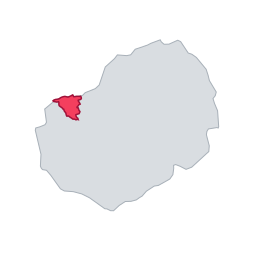 where Gevgelija sits in North Macedonia, rotated 163°
{"feature_id": "MKD-2998", "entity_name": "Gevgelija", "entity_type": "Statistical Region", "adm_level": 1, "iso_a3": "MKD", "parent_name": "North Macedonia", "parent_adm1": "", "projection": "mercator", "projection_center": [22.379, 41.246], "detail": "fine", "context": "in_parent", "style": "filled", "palette": "rose", "viewbox_px": 256, "rotation_deg": 163, "n_neighbors": 0, "source": "natural_earth", "source_scale": "10m", "svg_char_len": 2603}
<svg xmlns="http://www.w3.org/2000/svg" viewBox="0 0 256 256"><g transform="rotate(163 128 128)"><path d="M115.8,64.2L119.9,64.8L128.9,62.2L134.5,58.7L137.3,58.1L141.1,56.8L146.6,57.0L152.1,58.5L159.1,56.5L166.0,53.1L168.8,54.0L171.8,56.8L173.8,57.6L185.2,72.5L191.5,78.5L198.9,83.1L207.3,86.4L210.4,89.6L215.7,105.4L218.3,111.4L221.9,113.2L222.7,114.9L222.9,117.2L218.9,128.3L217.3,153.0L216.2,155.0L212.0,154.9L206.4,155.4L204.3,157.3L202.1,170.5L193.1,174.3L184.9,176.5L178.0,176.0L165.9,172.8L161.9,172.5L158.6,174.3L147.8,175.2L143.0,177.5L131.9,193.0L120.6,198.3L116.8,201.0L108.1,197.6L104.0,197.2L98.1,201.2L85.0,201.6L81.4,202.3L71.4,202.9L71.0,200.7L69.1,197.6L64.4,196.2L54.8,197.4L52.4,195.2L48.5,182.1L45.4,179.9L42.0,175.5L36.1,161.3L36.0,155.0L36.3,149.5L33.1,136.6L35.1,133.4L38.1,131.3L38.1,126.2L37.3,118.3L40.9,102.7L41.8,101.6L42.7,102.4L51.4,103.6L53.6,101.6L55.0,98.6L55.5,87.2L57.6,81.9L78.5,71.9L84.6,71.5L89.3,76.1L93.1,79.1L95.3,79.0L96.1,76.0L98.7,70.3L102.9,67.0L115.7,64.2L115.8,64.2Z" fill="#d9dde1" stroke="#a8b0b8" stroke-width="1"/><path d="M191.8,175.9L190.7,176.4L189.0,176.5L186.6,176.1L185.4,176.1L184.0,176.5L183.0,176.8L181.8,176.9L179.6,176.8L178.7,176.5L177.1,175.5L176.5,175.2L175.5,175.1L173.7,175.4L172.3,175.5L171.6,175.9L171.2,175.8L171.0,175.5L170.9,174.2L170.7,173.8L170.0,173.6L167.8,173.3L165.0,172.4L164.1,172.3L163.7,171.2L163.9,170.8L163.9,170.1L164.2,169.6L164.6,169.3L165.9,169.1L167.0,169.2L167.5,169.1L167.7,168.5L167.5,168.1L167.3,167.6L167.2,166.7L167.0,166.2L166.8,165.5L166.8,164.8L167.1,164.8L167.4,164.8L167.7,164.8L168.6,164.3L169.2,163.8L170.0,163.2L170.3,163.1L170.7,162.9L170.7,162.3L170.5,162.1L170.1,162.1L169.7,161.8L169.7,161.3L169.7,160.7L169.7,159.5L169.6,158.9L169.4,158.5L169.2,158.0L169.2,157.6L169.7,157.0L170.2,156.4L170.6,156.0L171.2,156.0L172.1,156.0L173.0,156.0L173.7,156.0L174.0,155.9L174.1,155.5L174.2,154.7L174.1,153.9L173.8,152.9L173.6,152.6L173.2,152.1L173.1,151.6L173.2,151.1L173.2,150.8L173.3,150.9L174.3,151.0L174.9,151.0L175.5,151.1L176.2,151.9L177.2,152.4L178.0,152.5L178.4,152.9L179.0,153.8L180.2,155.2L180.9,156.2L181.4,156.8L182.2,157.1L182.7,157.1L183.0,157.2L183.2,157.9L183.2,158.8L183.1,160.7L183.5,161.6L184.0,163.0L184.0,164.0L184.0,164.8L184.6,165.1L184.8,165.4L184.8,165.9L185.2,166.5L185.5,167.1L186.0,167.6L186.4,168.1L186.8,168.7L187.2,169.3L187.3,169.8L187.3,170.3L187.1,171.1L186.9,171.8L186.7,172.3L186.7,172.8L186.7,173.3L186.8,173.5L187.2,173.5L187.7,173.5L188.5,173.6L189.2,174.0L190.4,174.6L191.6,175.4L191.8,175.9L191.8,175.9Z" fill="#f43f5e" stroke="#9f1239" stroke-width="1.5"/></g></svg>